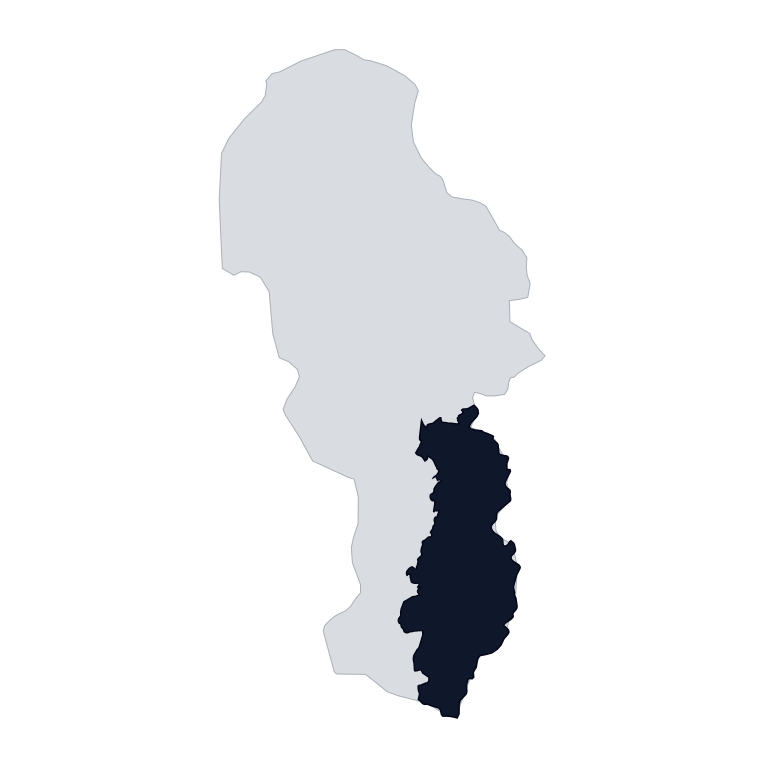 location of Prešov within Slovakia, rotated 89°
{"feature_id": "SVK-1058", "entity_name": "Prešov", "entity_type": "Region", "adm_level": 1, "iso_a3": "SVK", "parent_name": "Slovakia", "parent_adm1": "", "projection": "orthographic", "projection_center": [21.049, 49.105], "detail": "fine", "context": "in_parent", "style": "filled", "palette": "ink", "viewbox_px": 768, "rotation_deg": 89, "n_neighbors": 0, "source": "natural_earth", "source_scale": "10m", "svg_char_len": 7918}
<svg xmlns="http://www.w3.org/2000/svg" viewBox="0 0 768 768"><g transform="rotate(89 384 384)"><path d="M719.0,316.6L717.5,324.0L712.9,332.7L707.0,341.7L702.2,352.5L695.9,375.5L691.7,386.2L674.0,407.4L673.1,436.6L670.7,438.8L630.0,449.1L624.6,447.6L619.0,442.0L615.8,437.9L613.9,434.9L610.3,426.8L605.6,421.2L598.6,416.5L592.3,411.1L584.1,411.0L562.2,418.7L546.9,419.5L536.7,417.1L523.2,412.4L496.7,411.6L478.6,415.5L476.8,421.2L459.7,456.7L435.2,469.6L413.8,482.8L407.6,485.4L397.1,481.0L385.2,472.8L375.3,468.5L368.0,470.2L359.9,479.1L356.0,488.2L331.8,494.3L289.8,497.2L275.0,505.8L269.7,516.5L269.2,524.9L272.6,532.1L267.8,540.2L265.8,543.6L236.0,544.5L196.2,545.5L172.6,543.9L150.3,542.4L135.4,534.6L117.5,519.9L98.9,500.5L97.0,500.0L94.2,497.9L82.1,495.9L78.8,496.8L71.7,490.5L70.0,482.6L59.7,461.5L48.8,427.1L49.1,417.4L54.6,406.6L59.6,398.3L60.6,391.7L61.2,389.9L65.8,376.1L75.9,358.1L85.0,347.8L91.4,344.6L103.9,348.4L125.6,352.2L142.4,350.4L158.4,342.9L167.2,336.0L174.8,328.7L177.4,323.9L180.7,321.7L193.8,317.8L198.1,312.9L200.1,303.2L201.7,292.5L204.6,284.6L208.1,278.9L232.4,265.7L234.7,260.8L238.7,256.1L245.8,251.0L252.9,243.4L260.2,238.9L269.4,239.7L278.0,239.0L284.7,236.5L287.7,236.3L299.9,238.8L301.8,247.8L302.9,257.2L323.9,257.0L336.1,237.4L342.2,235.2L352.1,228.5L358.6,222.5L363.0,226.4L369.1,239.3L375.6,249.8L379.5,253.9L379.8,257.1L383.7,259.1L391.4,260.3L396.4,263.5L397.8,273.1L397.7,281.8L395.2,288.0L393.9,293.5L399.2,295.7L407.0,293.8L412.6,290.7L429.0,298.1L435.0,282.2L441.6,274.1L450.2,270.4L457.9,265.5L465.0,262.1L469.8,262.3L471.9,260.9L477.9,261.3L484.9,263.0L494.4,261.2L507.5,265.1L515.7,272.5L523.7,275.0L532.9,274.6L539.2,270.6L548.3,256.6L554.9,256.8L565.2,254.5L579.8,254.6L613.4,257.4L621.8,262.7L642.6,269.4L651.7,277.2L655.9,286.6L658.1,293.1L679.5,302.9L711.3,315.2L719.0,316.6Z" fill="#d9dde1" stroke="#a8b0b8" stroke-width="1"/><path d="M569.3,251.0L570.9,251.3L577.4,254.8L588.8,258.0L590.7,257.9L595.0,257.0L596.7,257.5L600.6,255.8L608.9,254.8L611.1,255.4L612.2,256.2L614.4,258.3L615.6,259.1L616.5,259.2L618.3,258.8L619.4,259.1L621.4,261.1L625.4,267.1L627.2,268.6L628.4,267.7L630.0,265.7L632.0,263.9L634.3,263.4L636.5,264.6L640.8,268.5L647.1,271.6L651.3,275.5L654.8,280.9L656.3,287.2L657.2,292.9L660.5,295.2L668.8,296.7L672.6,299.1L674.0,299.7L675.1,299.7L677.9,299.4L678.9,299.5L680.2,300.9L680.2,302.2L679.9,303.4L680.2,304.5L681.1,305.2L686.6,306.8L693.1,306.5L695.6,307.4L701.6,313.3L705.9,314.5L715.1,314.7L719.2,316.7L718.3,319.6L717.5,323.7L717.1,327.8L717.2,330.9L715.4,332.4L710.9,333.2L708.9,334.9L706.5,342.4L705.1,345.6L704.9,346.5L705.0,348.8L704.8,349.9L703.7,351.5L700.9,353.9L700.1,355.2L694.6,353.9L694.0,354.0L691.0,354.9L687.1,355.2L686.5,355.0L686.1,354.6L685.9,353.7L685.8,352.5L684.0,348.2L683.7,347.4L683.7,346.7L683.6,346.0L683.2,345.4L681.1,344.2L677.9,344.3L673.7,350.4L671.2,351.5L670.5,352.3L670.4,352.7L670.4,353.1L671.0,355.2L671.4,356.9L671.4,357.7L671.3,358.3L671.1,358.4L670.6,358.5L663.9,358.8L660.4,359.4L658.2,359.4L655.7,358.8L650.3,355.6L649.6,355.0L649.6,354.7L649.3,354.4L648.7,354.0L647.1,353.2L635.7,349.6L631.2,349.6L631.2,354.1L631.3,354.8L631.4,355.3L631.4,357.6L631.5,358.3L632.1,360.5L632.0,361.6L632.1,362.1L632.3,362.6L632.9,364.2L633.1,364.9L633.2,365.6L633.0,366.3L632.6,367.3L632.2,367.9L631.5,368.3L629.3,369.0L627.4,370.8L624.7,371.3L623.9,371.7L623.8,372.0L623.6,372.6L623.5,372.8L623.1,373.1L622.7,373.4L622.0,373.6L621.1,373.8L620.0,373.7L618.7,373.3L616.4,371.6L615.6,371.3L614.6,371.2L612.6,371.3L609.5,370.8L602.1,367.9L598.7,361.7L598.1,360.9L597.4,359.6L597.1,358.5L596.9,356.7L596.8,355.8L595.4,352.4L593.7,353.2L593.4,353.5L592.9,353.9L591.9,354.1L591.0,354.0L589.5,353.2L589.0,352.6L588.7,352.0L588.6,351.6L588.5,351.2L588.3,351.1L588.0,351.5L587.9,352.8L587.8,353.6L587.6,353.9L587.3,353.8L586.8,353.3L585.9,352.6L585.5,352.4L584.9,352.4L583.8,352.8L583.4,353.1L583.3,353.5L583.7,354.2L583.8,354.6L583.9,355.2L583.6,357.5L583.2,358.8L582.9,359.5L582.5,359.9L582.1,360.1L581.7,360.3L579.8,360.5L578.4,361.0L577.9,361.1L576.2,361.1L575.6,361.2L575.1,361.4L574.9,361.7L574.7,362.1L574.6,362.5L574.6,362.8L574.7,363.2L574.9,363.5L575.6,364.1L575.7,364.3L575.2,364.6L573.7,364.8L572.2,364.6L571.0,363.9L568.8,362.0L567.5,359.9L567.4,359.1L567.5,358.7L567.8,358.4L568.5,357.5L568.6,357.2L568.9,356.8L569.6,356.1L569.7,355.9L569.8,355.6L569.6,355.0L569.5,354.7L569.4,354.4L569.0,354.4L568.3,354.7L567.6,354.7L567.1,354.6L566.3,354.0L565.4,353.6L564.3,353.6L562.6,352.9L560.2,353.4L559.5,353.1L558.5,352.2L557.9,351.5L557.3,350.6L557.0,350.3L555.6,349.3L555.1,349.2L554.6,349.2L552.4,349.9L551.9,349.9L549.6,349.6L545.2,348.1L543.5,348.3L542.8,348.5L542.3,348.3L541.8,347.9L541.2,346.8L540.8,345.8L540.8,345.5L540.4,345.1L538.5,343.2L538.0,342.4L537.7,341.6L537.7,340.6L537.7,340.2L537.4,339.3L536.9,339.0L536.2,338.9L534.6,339.2L534.0,339.4L533.6,339.6L533.5,339.9L533.3,340.1L532.8,340.0L529.5,337.8L527.1,337.4L524.7,335.4L521.0,336.2L520.5,336.1L519.7,335.9L518.4,335.3L518.0,334.8L518.0,334.4L518.5,333.9L518.3,333.5L517.7,333.2L515.9,332.7L513.1,331.5L511.8,331.1L511.5,331.2L511.3,331.7L511.4,332.0L511.7,332.7L511.8,333.1L511.7,333.6L511.6,334.3L511.5,335.1L511.6,335.3L511.8,335.5L512.6,336.1L512.6,336.3L512.4,336.4L512.0,336.6L504.6,335.3L502.5,335.5L501.7,335.7L501.3,335.9L501.1,336.2L501.1,336.4L501.2,336.7L501.5,337.4L501.6,337.6L501.5,337.8L500.9,338.5L500.6,338.8L500.1,339.1L498.9,339.6L497.4,339.8L496.0,339.7L495.3,339.3L493.9,336.9L493.7,336.5L493.1,336.2L492.1,336.0L489.6,335.7L486.8,334.0L483.8,331.6L483.1,331.0L482.9,330.4L483.2,329.2L483.1,328.7L482.5,328.4L481.9,328.6L481.0,329.6L480.7,330.2L480.5,330.7L481.1,331.8L481.2,332.1L480.7,332.4L478.0,333.3L477.6,333.5L477.6,334.1L477.8,335.0L478.0,335.5L478.2,335.8L478.5,336.1L478.6,336.3L478.4,336.2L477.9,335.7L476.1,333.0L473.5,331.2L472.7,331.0L472.5,330.8L472.2,330.5L471.9,330.4L471.5,330.6L469.6,332.4L469.1,332.7L468.7,332.7L468.2,332.6L467.8,332.8L467.0,333.5L461.9,335.7L460.3,336.7L459.7,337.3L458.2,339.4L456.8,340.7L456.8,341.1L457.1,341.4L458.4,341.7L460.0,342.2L461.7,344.4L458.2,346.6L457.5,347.3L456.7,348.4L455.3,351.9L453.5,353.5L448.7,350.7L447.9,350.0L447.3,349.6L445.0,348.8L442.8,347.7L442.1,347.7L440.2,349.3L438.0,349.4L421.1,347.1L425.1,345.4L426.4,344.4L427.7,343.1L428.0,342.4L427.7,341.9L426.4,341.7L425.8,341.4L425.5,341.1L425.2,340.6L425.0,339.9L424.5,338.1L424.4,336.5L424.0,335.7L423.5,334.9L422.8,334.2L418.8,328.9L418.7,328.2L418.9,327.7L419.2,327.6L420.1,327.8L420.7,327.7L422.0,327.1L422.8,327.1L423.2,326.6L423.5,325.5L423.6,323.3L424.2,320.7L424.4,319.2L424.4,317.3L425.2,312.0L425.2,310.6L424.8,309.9L424.2,309.9L423.6,310.1L422.0,310.8L419.7,311.2L419.2,311.2L418.9,310.9L418.5,310.4L418.2,309.7L417.8,309.5L417.5,309.7L417.2,310.0L416.9,309.8L416.4,309.2L415.7,307.4L415.1,306.4L414.4,305.8L413.7,305.6L412.9,305.7L412.4,306.0L412.0,306.4L411.8,306.7L411.5,306.8L411.1,306.6L410.5,305.6L410.4,304.4L410.4,302.2L410.0,300.6L409.4,299.1L407.0,294.9L406.9,294.3L409.2,292.0L411.4,290.5L415.1,290.1L418.3,291.8L424.3,297.6L428.1,299.6L430.4,297.8L431.7,293.4L432.4,287.1L433.9,285.4L434.7,283.4L435.4,281.3L437.7,276.3L438.4,275.5L438.7,275.7L441.2,276.1L442.4,275.0L445.0,272.0L446.7,271.0L455.7,270.3L456.3,269.5L457.2,267.1L457.8,264.5L458.0,262.9L458.5,261.8L459.7,260.9L461.1,260.9L465.8,262.7L471.8,262.6L471.8,259.5L473.6,259.1L483.4,264.2L486.0,264.8L488.7,263.9L490.1,262.6L491.9,260.3L493.1,259.7L494.2,259.6L496.7,260.0L501.1,259.3L502.9,259.6L513.2,272.0L515.0,273.4L517.7,273.8L519.6,273.7L521.5,274.0L523.6,275.6L525.5,277.6L527.4,279.0L529.6,279.4L532.3,278.4L534.8,276.2L538.6,270.6L541.0,268.3L542.9,267.9L545.3,267.9L547.5,267.5L548.4,265.8L547.0,263.1L544.3,261.5L542.9,259.9L545.3,257.2L547.0,256.4L551.7,255.4L553.5,255.6L555.7,257.0L557.3,258.9L559.1,260.1L561.6,259.7L563.6,257.8L567.2,252.4L569.3,251.0Z" fill="#0f172a" stroke="#020617" stroke-width="1.5"/></g></svg>